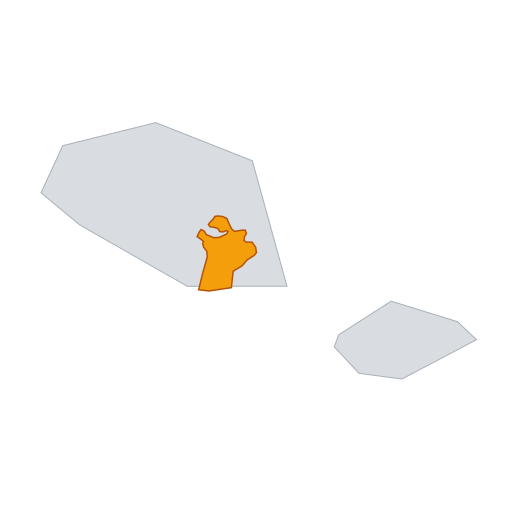 San Pawl il-Bahar on a map of Malta (Albers equal-area conic projection), rotated 165°
{"feature_id": "MLT-5926", "entity_name": "San Pawl il-Bahar", "entity_type": "state/province", "adm_level": 1, "iso_a3": "MLT", "parent_name": "Malta", "parent_adm1": "", "projection": "albers", "projection_center": [14.403, 35.938], "detail": "fine", "context": "in_parent", "style": "filled", "palette": "amber", "viewbox_px": 512, "rotation_deg": 165, "n_neighbors": 0, "source": "natural_earth", "source_scale": "10m", "svg_char_len": 1035}
<svg xmlns="http://www.w3.org/2000/svg" viewBox="0 0 512 512"><g transform="rotate(165 256 256)"><path d="M447.3,372.7L414.1,412.6L318.4,410.8L234.9,348.9L233.9,218.8L330.2,244.5L418.2,331.6L447.3,372.7ZM196.5,158.5L137.2,177.4L78.4,140.4L64.7,118.1L146.9,99.4L186.9,116.0L203.9,148.0L196.5,158.5Z" fill="#d9dde1" stroke="#a8b0b8" stroke-width="1"/><path d="M288.0,231.8L310.5,234.4L320.1,238.2L312.5,252.3L306.4,262.5L303.1,268.3L302.3,273.3L304.3,278.0L304.3,281.7L302.9,283.5L304.3,285.6L307.8,290.0L304.9,293.6L302.3,295.8L299.6,293.6L298.5,289.6L295.8,287.5L292.0,284.6L286.7,283.5L278.8,284.9L276.7,286.7L277.9,288.2L281.7,287.8L284.7,288.9L285.8,292.5L289.4,294.7L292.9,296.2L293.8,298.7L291.7,300.5L287.9,302.7L285.5,304.9L282.3,304.5L277.9,302.7L274.4,299.8L273.8,295.1L272.6,288.5L270.3,285.3L262.9,284.6L259.7,283.8L259.4,280.2L262.1,277.7L263.5,274.1L261.8,271.9L256.2,270.4L254.1,264.6L254.7,259.2L257.7,257.0L265.6,254.5L272.0,250.1L282.0,247.2L288.0,231.8Z" fill="#f59e0b" stroke="#b45309" stroke-width="1.5"/></g></svg>